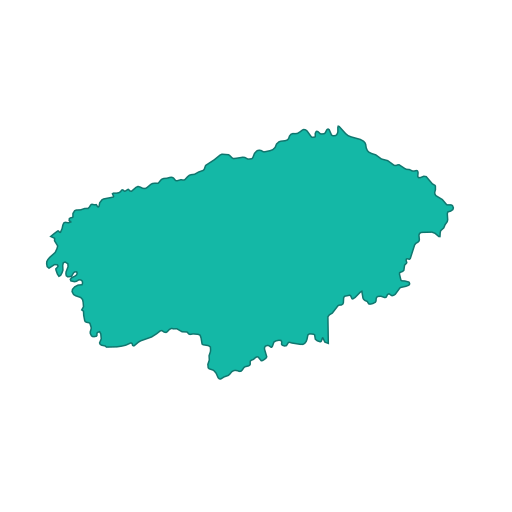 the border of Khmel'nyts'kyy, rotated 73°
{"feature_id": "UKR-290", "entity_name": "Khmel'nyts'kyy", "entity_type": "Region", "adm_level": 1, "iso_a3": "UKR", "parent_name": "Ukraine", "parent_adm1": "", "projection": "mercator", "projection_center": [26.972, 49.519], "detail": "fine", "context": "isolated", "style": "filled", "palette": "teal", "viewbox_px": 512, "rotation_deg": 73, "n_neighbors": 0, "source": "natural_earth", "source_scale": "10m", "svg_char_len": 6113}
<svg xmlns="http://www.w3.org/2000/svg" viewBox="0 0 512 512"><g transform="rotate(73 256 256)"><path d="M277.4,62.1L279.1,63.1L281.4,66.1L284.0,68.2L285.8,72.0L287.7,73.1L291.2,74.4L290.8,75.5L286.6,78.2L284.6,80.8L281.9,90.5L281.8,92.0L282.7,93.4L283.7,94.1L288.1,95.0L289.3,95.7L290.1,97.1L290.6,99.3L291.7,101.0L303.5,109.2L304.0,110.2L302.9,112.1L302.8,112.7L303.0,113.2L304.3,113.8L306.2,113.7L306.9,114.2L308.2,116.6L312.9,118.8L313.6,120.3L313.9,123.5L315.3,124.1L321.5,124.5L322.4,123.7L323.4,121.0L325.5,117.6L326.0,117.2L327.5,117.2L328.2,117.7L328.6,118.6L328.8,121.5L328.4,126.8L328.6,127.7L333.3,134.0L333.8,135.7L333.8,137.2L333.4,138.0L331.3,139.5L331.0,140.0L331.3,141.5L333.4,143.5L333.5,144.1L333.4,145.0L331.0,148.3L330.3,151.3L330.8,152.7L331.8,153.5L334.1,154.4L335.1,155.4L335.6,158.1L335.5,160.3L335.1,161.7L334.7,162.2L332.0,162.9L330.4,164.8L328.8,165.8L327.4,166.0L320.7,165.1L321.1,166.9L324.6,173.3L325.3,175.8L325.2,176.4L324.8,176.7L321.9,177.1L320.9,177.8L320.4,182.8L320.8,183.6L321.6,184.4L326.2,186.1L327.3,187.0L327.8,188.7L327.3,190.8L327.5,192.1L332.9,199.7L333.7,203.0L335.1,205.0L360.7,212.4L358.5,215.3L354.0,216.0L353.8,216.4L356.5,218.4L356.8,219.0L356.8,219.7L355.0,222.2L352.9,223.6L348.5,223.0L347.6,223.9L346.5,226.4L346.1,227.8L346.7,229.5L350.4,231.5L352.4,233.0L353.8,235.0L354.2,237.0L353.4,239.5L349.7,247.1L348.3,249.2L348.2,249.9L348.5,250.7L350.6,253.1L350.4,255.0L349.2,256.7L348.3,257.3L347.6,257.3L345.8,256.5L343.9,256.9L343.2,259.1L343.0,261.9L343.6,264.1L347.1,266.7L347.8,267.7L347.7,268.2L345.5,269.9L344.9,271.1L344.9,273.2L345.3,273.9L346.4,274.8L347.9,275.1L355.5,275.2L356.4,276.0L357.2,277.8L357.9,280.3L357.7,281.6L353.4,283.4L352.8,284.1L352.7,284.8L352.9,286.0L354.1,288.6L354.3,290.8L354.7,292.0L355.7,292.6L357.7,293.1L358.6,294.0L358.9,295.3L358.7,298.8L359.1,300.1L361.0,302.5L361.8,304.1L361.4,305.8L360.3,307.2L359.3,309.3L359.1,310.8L359.6,313.1L361.3,315.6L362.1,317.4L362.3,321.9L363.3,325.7L363.1,326.4L362.6,327.1L361.3,327.8L356.5,328.4L353.6,329.6L352.5,330.5L350.2,333.7L348.9,334.4L345.5,333.7L341.9,331.1L337.6,330.0L334.4,327.7L332.6,326.9L329.6,326.2L327.8,327.7L325.4,332.5L324.4,333.3L318.4,332.5L315.4,332.6L314.0,334.2L312.1,338.9L311.7,342.0L311.0,343.0L308.5,344.2L306.8,348.9L302.4,353.0L301.5,356.3L300.6,357.8L300.6,358.8L301.0,360.5L302.5,363.1L302.8,364.4L301.9,366.1L299.8,367.8L299.6,369.4L301.3,373.8L302.9,379.5L303.4,391.0L304.0,393.6L306.2,398.7L306.1,399.4L305.4,400.1L303.4,400.1L302.5,401.1L303.2,406.6L302.9,410.9L302.2,415.5L299.4,425.6L297.9,426.6L296.2,429.7L295.0,430.8L293.4,431.0L290.0,428.2L285.1,427.2L282.6,427.7L282.8,430.1L284.0,431.0L285.2,431.2L286.0,432.0L285.8,434.5L285.2,435.9L284.2,436.7L281.6,437.1L280.1,436.7L277.4,434.9L276.1,434.5L271.8,434.5L271.1,435.1L269.7,437.6L268.8,438.5L267.7,438.7L262.3,438.1L258.3,437.1L256.6,438.4L254.1,435.8L249.6,434.8L246.9,434.6L244.4,435.8L241.3,440.1L239.5,441.7L236.3,442.3L234.2,441.2L232.5,438.4L231.8,434.7L232.6,430.8L231.4,429.9L230.0,429.5L228.7,429.7L227.5,430.8L227.0,432.4L227.7,435.2L227.5,437.1L225.7,440.3L224.0,440.4L222.8,438.3L222.4,435.2L221.7,433.2L220.3,432.1L218.8,432.1L218.2,433.9L218.7,435.3L221.0,437.9L221.5,439.0L220.9,442.1L219.4,443.2L217.5,443.0L215.7,442.3L211.2,438.8L208.4,438.2L205.9,440.3L206.2,442.3L208.5,443.6L213.1,444.8L215.3,446.4L217.4,448.5L217.8,450.4L215.2,451.2L211.1,451.4L209.8,451.2L208.7,449.2L207.8,448.2L206.3,448.5L205.3,451.2L207.1,457.5L205.1,458.8L202.3,458.5L200.2,457.7L198.6,456.1L197.0,453.7L193.9,447.0L190.7,444.1L188.4,442.7L182.5,444.2L180.2,443.4L177.3,446.6L175.5,442.3L174.1,438.3L174.3,437.6L175.9,436.9L176.2,436.1L173.1,433.4L170.0,431.7L168.2,430.1L168.0,428.6L169.4,425.7L169.4,423.2L168.7,423.1L168.0,424.1L167.4,424.3L165.6,423.5L165.3,421.9L165.5,420.2L165.2,419.7L161.8,418.6L159.7,416.2L159.5,414.5L160.6,410.2L160.5,405.8L161.4,402.7L160.6,401.1L159.0,399.3L158.6,398.5L158.6,397.7L159.8,395.6L160.2,393.7L162.1,393.2L162.7,392.9L163.0,392.3L162.3,391.4L159.4,389.9L157.2,386.8L156.9,385.0L157.9,375.6L157.7,375.0L157.2,374.7L154.5,375.1L154.2,374.0L155.1,371.2L155.4,368.5L154.8,366.7L153.7,365.1L153.7,364.4L154.0,363.9L155.6,362.8L155.7,361.8L154.9,359.2L155.0,358.5L156.9,357.6L157.7,356.2L155.3,350.7L155.0,348.5L156.4,346.4L158.2,344.5L159.0,342.3L159.0,341.4L158.6,340.0L156.8,335.8L156.4,333.9L156.8,331.5L157.8,328.5L157.6,327.8L155.6,324.9L155.0,323.5L154.9,321.5L155.6,318.6L155.7,315.2L156.1,313.5L157.3,312.1L160.2,310.9L160.7,310.3L161.0,309.3L161.1,305.4L161.9,303.9L162.3,302.5L162.2,301.7L160.2,298.3L159.3,296.1L159.3,294.1L159.9,290.9L158.9,286.2L158.7,281.4L158.0,280.2L154.9,277.9L154.5,277.2L151.8,267.8L149.0,260.9L148.7,258.8L151.1,252.7L152.0,251.9L155.3,250.1L156.2,249.2L156.8,246.2L157.7,239.7L158.5,237.9L160.8,235.6L161.2,234.7L161.7,231.9L161.6,231.1L160.8,230.1L157.4,227.4L155.8,224.6L155.6,223.6L155.8,221.9L156.7,220.2L158.5,218.5L158.9,217.3L159.4,211.8L159.2,208.8L157.8,206.0L154.9,203.6L153.5,200.6L153.5,198.7L154.3,194.3L154.2,192.1L153.3,190.5L151.1,188.9L149.8,186.9L149.7,185.0L150.5,182.7L150.9,180.5L150.2,177.8L149.1,174.7L149.0,173.3L149.9,171.7L151.4,170.6L158.4,168.2L158.9,167.6L159.5,165.1L159.1,164.4L156.1,163.5L154.6,162.1L154.5,161.4L155.2,160.4L157.9,158.8L158.5,157.5L159.0,155.2L158.5,153.8L156.1,151.5L155.7,150.7L155.7,149.9L156.6,149.1L162.5,148.4L163.6,147.2L164.1,144.7L163.6,143.4L162.3,142.1L161.2,141.4L156.9,140.1L155.9,139.4L156.5,138.6L165.2,134.5L167.8,132.8L169.9,130.2L175.0,122.2L177.7,119.6L179.6,118.7L181.3,118.5L184.8,119.0L187.7,118.7L189.6,117.8L191.8,115.5L194.3,111.9L199.9,107.7L203.3,102.2L209.7,97.4L210.4,95.6L210.3,93.8L210.6,92.5L215.9,88.1L217.1,86.8L218.2,84.0L220.2,81.9L220.7,80.9L221.0,80.0L221.2,77.6L221.6,76.9L222.3,76.6L223.8,76.7L227.3,78.1L228.6,77.6L229.1,75.9L228.8,72.2L229.9,70.0L238.5,66.3L240.8,64.2L241.6,64.0L245.0,65.0L247.4,66.5L249.0,66.8L250.8,66.4L256.5,61.3L262.6,58.7L263.0,58.2L264.1,54.6L265.0,53.6L265.7,53.3L267.7,53.2L269.2,54.2L270.0,56.8L269.9,59.5L270.7,60.2L271.5,60.7L277.4,62.1Z" fill="#14b8a6" stroke="#0f766e" stroke-width="1.5"/></g></svg>